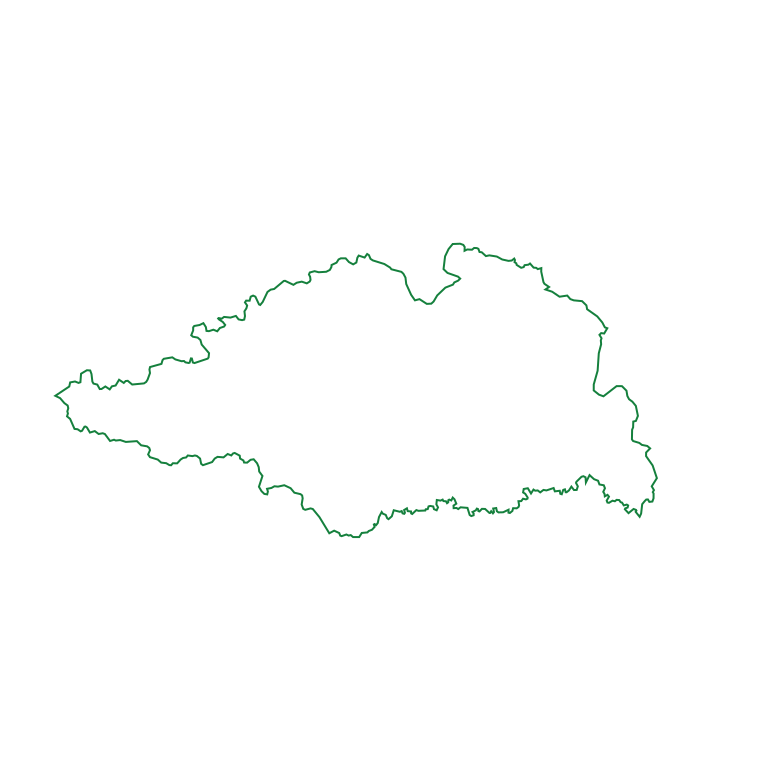 outline of Soavinandriana, Itasy, Madagascar, rotated 25°
{"feature_id": "10022922B59328070281510", "entity_name": "Soavinandriana", "entity_type": "district", "adm_level": 2, "iso_a3": "MDG", "parent_name": "Madagascar", "parent_adm1": "Itasy", "projection": "albers", "projection_center": [46.563, -19.219], "detail": "fine", "context": "isolated", "style": "outline", "palette": "green", "viewbox_px": 768, "rotation_deg": 25, "n_neighbors": 0, "source": "geoboundaries", "source_scale": "gbopen_adm2", "svg_char_len": 6161}
<svg xmlns="http://www.w3.org/2000/svg" viewBox="0 0 768 768"><g transform="rotate(25 384 384)"><path d="M676.9,377.1L676.6,373.7L674.6,369.3L673.3,368.4L673.5,366.1L669.9,363.6L671.1,354.0L661.9,344.3L652.0,338.6L650.5,335.3L652.4,329.9L648.8,328.9L643.5,330.2L640.3,329.5L633.9,330.4L632.1,329.4L628.2,320.6L628.1,318.0L625.8,312.7L627.9,311.0L627.6,305.6L621.5,297.4L616.7,295.1L612.5,294.2L609.6,292.0L606.6,287.6L600.6,285.4L595.7,287.6L588.1,302.4L583.3,302.8L576.8,301.2L574.3,295.8L572.0,281.7L565.7,265.4L564.0,256.2L562.1,252.9L561.8,250.6L558.5,248.4L559.3,246.1L562.2,245.2L562.8,239.1L560.2,239.3L555.9,236.0L548.7,232.6L536.5,230.4L534.2,227.2L528.5,225.2L520.6,228.0L517.0,228.3L512.7,226.4L506.2,230.7L497.4,229.3L490.4,230.1L492.6,226.3L487.1,225.4L485.5,224.3L479.0,215.7L477.6,212.5L474.8,214.9L472.9,214.4L470.4,215.3L465.4,213.1L464.5,214.8L461.2,216.9L461.2,219.0L459.2,220.7L453.9,220.0L452.9,218.7L450.8,218.4L450.3,216.3L449.0,215.3L447.6,218.1L444.8,219.8L438.5,221.2L432.4,220.8L425.1,222.9L422.3,225.0L416.9,223.3L414.8,224.0L412.4,221.6L410.7,221.6L408.2,222.6L407.0,225.1L402.6,226.9L400.7,229.2L399.2,225.7L397.1,224.4L393.7,224.7L387.1,228.1L385.5,234.4L385.4,242.5L389.4,254.7L394.6,256.5L405.7,255.4L408.5,256.3L407.5,259.0L404.8,262.2L404.5,264.8L398.9,270.7L394.8,281.2L394.1,288.3L392.9,291.2L388.9,293.3L380.3,292.1L376.7,295.1L370.9,291.7L361.9,284.0L358.5,278.5L355.0,275.9L352.4,275.0L342.2,276.9L340.3,275.9L333.6,275.1L321.7,276.7L318.9,276.3L315.9,273.6L313.8,273.3L313.0,277.6L306.8,278.3L306.5,280.8L307.6,285.6L305.5,288.6L300.7,288.3L296.1,286.3L291.8,288.3L290.2,290.3L289.7,294.1L286.2,298.3L286.9,300.3L286.7,303.5L284.2,306.7L277.6,310.3L273.4,311.1L269.6,314.3L269.7,316.5L271.7,318.0L273.4,320.7L273.4,322.5L271.5,325.4L266.2,326.0L262.1,329.1L260.0,332.4L250.7,332.3L249.6,333.0L244.3,344.3L241.4,346.4L239.5,349.8L239.4,360.9L238.4,364.7L237.1,364.7L230.5,359.2L228.0,359.2L226.3,361.2L227.0,365.3L223.8,366.7L223.5,368.8L226.8,370.7L227.3,373.6L226.8,377.1L229.3,381.2L230.1,384.7L228.4,386.1L224.9,386.9L221.0,384.9L216.8,388.7L210.7,390.8L209.3,393.4L206.3,394.1L206.0,394.7L207.0,395.2L211.7,395.9L215.1,397.6L214.8,399.5L211.6,402.6L210.6,406.7L206.4,406.9L203.0,410.1L200.7,410.9L198.5,407.7L194.6,405.2L191.9,408.5L187.5,411.6L187.1,413.3L188.4,416.1L188.7,421.3L190.8,421.9L195.5,420.7L199.0,421.7L202.1,425.3L212.4,430.0L213.8,434.1L213.5,435.5L203.4,445.1L201.7,445.3L199.1,442.1L198.2,442.4L198.8,446.8L198.1,447.5L194.9,448.3L193.0,447.7L190.9,448.9L184.5,449.9L180.9,449.3L173.8,454.2L173.2,455.9L173.8,459.8L164.8,467.5L165.3,470.0L167.3,473.0L167.9,479.9L167.6,482.6L166.2,484.9L156.0,490.9L150.4,489.4L148.6,490.5L147.7,493.0L142.1,492.1L141.4,498.8L138.4,501.1L137.7,504.8L132.5,504.0L130.1,507.9L128.5,508.7L124.4,505.7L120.5,506.4L118.7,505.1L114.7,498.6L112.0,495.9L108.9,497.1L105.1,502.7L108.1,510.7L106.7,512.1L102.9,512.3L98.9,515.2L99.8,519.3L91.1,533.6L96.4,533.7L102.4,536.4L106.4,537.2L108.1,539.4L108.6,542.7L110.0,544.3L110.4,547.3L114.3,548.3L122.5,555.5L125.4,554.5L129.1,555.1L130.1,554.0L130.6,549.3L131.5,548.7L133.2,549.0L138.0,552.3L141.8,548.9L146.5,549.9L149.9,547.5L152.2,547.3L159.8,551.4L162.9,548.6L164.8,548.6L168.6,546.3L174.5,545.6L184.2,540.2L189.8,542.2L195.7,540.6L198.3,541.2L199.9,542.9L200.0,547.5L202.8,549.2L210.9,548.1L215.3,549.4L220.1,547.8L223.7,548.2L225.4,547.6L226.1,545.1L230.1,543.3L231.6,538.4L233.1,536.0L235.7,534.2L236.4,531.7L240.9,530.3L242.8,528.7L244.8,528.3L248.8,529.3L252.0,533.6L254.2,534.1L261.2,527.4L262.1,523.1L263.9,520.4L269.6,518.3L271.9,513.5L275.8,513.3L276.5,510.8L277.8,509.6L283.5,509.9L285.1,512.4L288.9,512.7L290.4,514.3L293.2,513.1L295.1,509.1L297.7,507.3L302.5,509.5L305.6,512.3L307.9,516.1L312.7,518.7L314.1,530.0L318.3,532.9L322.0,534.2L324.8,533.4L324.2,530.5L322.3,528.4L325.9,525.8L327.9,523.0L331.3,521.8L336.4,517.9L343.4,517.9L348.7,520.4L354.9,519.1L356.9,519.6L358.6,522.0L360.3,528.0L363.6,531.3L365.8,531.3L370.0,527.8L372.3,527.4L381.7,531.9L397.5,542.4L400.8,538.0L406.4,538.0L408.4,539.9L409.9,539.8L413.5,536.3L416.0,536.3L417.7,535.0L420.6,535.8L426.2,533.2L426.8,528.4L431.7,525.5L432.3,523.7L434.7,521.2L435.9,517.4L434.2,515.6L434.7,514.9L436.5,515.2L437.1,512.7L435.7,506.7L436.0,501.0L437.7,502.0L440.9,501.9L443.6,504.3L445.2,504.6L447.0,500.6L446.2,494.3L452.4,493.1L453.7,491.7L455.5,493.4L457.2,493.1L457.4,491.9L455.5,489.7L457.3,487.0L459.2,489.2L462.4,488.1L463.3,489.8L464.5,489.9L466.6,484.6L468.8,484.4L474.9,481.2L474.8,479.9L476.5,478.9L476.1,476.1L477.4,475.0L480.4,474.2L482.2,476.3L485.1,476.2L485.1,473.0L482.3,470.9L480.9,466.8L484.5,465.8L486.0,464.0L487.3,465.0L489.7,464.1L491.5,465.4L492.2,464.1L491.4,462.1L492.0,461.2L494.2,461.1L494.3,457.9L496.6,458.7L500.1,461.9L498.4,464.8L499.6,467.1L502.1,465.7L504.1,466.0L505.5,463.4L512.0,461.0L517.0,466.5L518.9,466.8L520.7,465.1L520.0,463.5L518.3,462.6L520.6,459.7L520.8,457.7L522.0,457.6L523.3,459.3L524.4,459.1L525.5,455.8L528.4,454.5L534.0,456.3L534.7,456.0L534.9,454.0L537.4,455.2L537.8,453.6L535.6,450.7L538.1,449.0L540.1,451.6L542.0,452.0L546.2,449.9L550.0,445.3L551.2,448.0L552.6,447.7L554.0,444.8L553.5,442.0L556.8,440.6L557.9,438.6L557.8,437.0L555.4,433.4L557.9,432.1L558.5,429.2L561.4,428.6L562.5,427.3L562.2,426.2L558.4,423.8L555.9,423.5L555.0,420.1L558.4,417.7L563.5,421.1L564.1,416.5L566.1,416.8L568.3,415.5L571.4,416.2L573.3,412.6L576.2,411.8L581.7,406.6L584.2,409.1L588.4,406.5L590.2,409.0L591.7,408.8L591.2,404.2L592.5,403.0L594.4,405.3L595.2,405.0L596.6,402.3L597.2,397.8L601.0,399.8L603.4,398.6L602.9,394.8L599.8,392.5L599.7,391.3L602.2,384.6L603.7,383.3L606.1,383.4L608.6,387.9L608.8,379.7L614.6,381.5L618.9,381.2L621.7,384.0L626.0,382.9L628.3,385.1L628.3,389.1L630.3,390.4L631.6,392.5L633.4,390.0L635.5,391.0L635.1,395.6L636.6,397.0L638.1,396.6L640.4,393.2L642.8,392.7L643.8,390.7L646.2,389.8L648.4,391.1L649.9,390.9L652.6,392.7L655.0,390.7L656.6,390.9L657.0,393.0L655.2,394.8L655.2,395.7L660.2,397.7L663.0,391.8L665.6,391.6L666.3,392.1L666.1,393.5L671.8,396.3L671.8,392.8L668.8,383.8L669.8,379.9L670.5,377.9L672.0,377.1L674.3,378.7L676.9,377.1Z" fill="none" stroke="#15803d" stroke-width="2"/></g></svg>